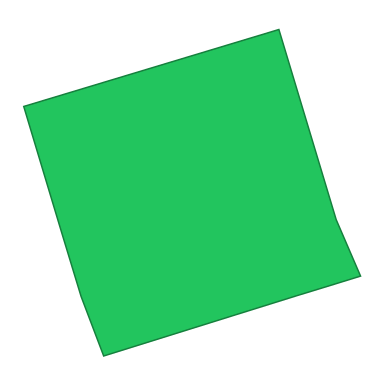 Madison, Iowa, United States of America, rotated 73°
{"feature_id": "52423323B39723514733384", "entity_name": "Madison", "entity_type": "district", "adm_level": 2, "iso_a3": "USA", "parent_name": "United States of America", "parent_adm1": "Iowa", "projection": "orthographic", "projection_center": [-93.933, 41.334], "detail": "fine", "context": "isolated", "style": "filled", "palette": "green", "viewbox_px": 384, "rotation_deg": 73, "n_neighbors": 0, "source": "geoboundaries", "source_scale": "gbopen_adm2", "svg_char_len": 296}
<svg xmlns="http://www.w3.org/2000/svg" viewBox="0 0 384 384"><g transform="rotate(73 192 192)"><path d="M192.7,328.5L259.5,328.6L323.0,324.4L322.2,189.7L321.8,122.1L321.8,80.3L321.7,55.4L260.6,62.2L62.0,61.4L61.0,327.9L192.7,328.5Z" fill="#22c55e" stroke="#15803d" stroke-width="1.5"/></g></svg>